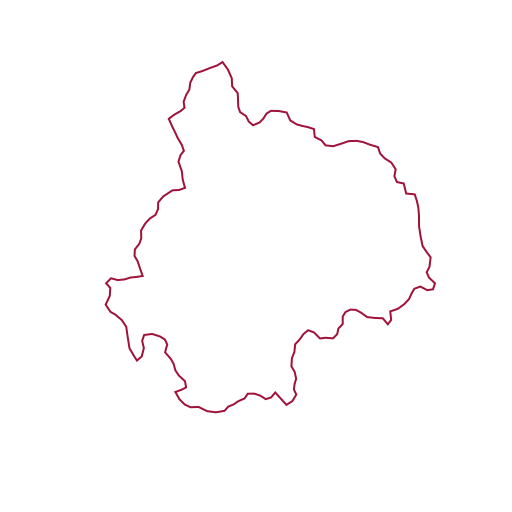 Descoberto, Minas Gerais, Brazil (Robinson projection), rotated 308°
{"feature_id": "56859067B24625670932477", "entity_name": "Descoberto", "entity_type": "district", "adm_level": 2, "iso_a3": "BRA", "parent_name": "Brazil", "parent_adm1": "Minas Gerais", "projection": "robinson", "projection_center": [-42.969, -21.446], "detail": "fine", "context": "isolated", "style": "outline", "palette": "rose", "viewbox_px": 512, "rotation_deg": 308, "n_neighbors": 0, "source": "geoboundaries", "source_scale": "gbopen_adm2", "svg_char_len": 2402}
<svg xmlns="http://www.w3.org/2000/svg" viewBox="0 0 512 512"><g transform="rotate(308 256 256)"><path d="M310.4,102.8L306.3,110.6L303.8,115.8L300.7,121.8L297.9,129.1L294.5,134.4L289.1,134.4L282.6,136.8L277.2,145.3L271.0,151.3L266.0,158.1L260.6,154.7L256.3,149.7L250.8,147.9L245.8,146.2L238.0,145.9L232.7,149.9L226.6,151.5L220.3,149.3L213.5,148.7L205.4,149.7L199.3,154.7L193.8,156.5L186.6,156.5L181.2,160.3L179.0,165.9L174.9,172.1L170.5,179.0L165.9,174.7L161.7,170.3L156.7,166.9L151.9,161.9L149.2,155.5L142.2,154.7L141.1,160.9L134.6,165.3L125.1,167.5L122.4,175.6L123.2,181.2L122.9,189.6L120.3,197.4L115.4,202.4L109.8,208.4L105.4,213.1L102.4,220.7L100.3,226.5L106.5,227.8L114.4,224.3L119.1,218.5L124.9,216.5L130.6,222.1L133.5,229.9L134.1,235.7L131.6,240.5L124.1,243.7L122.5,252.2L120.3,257.5L116.3,262.8L114.3,268.8L113.6,277.2L109.4,281.8L104.8,279.7L99.2,276.2L96.0,283.8L95.1,291.2L96.5,297.5L101.7,303.7L103.6,312.9L108.2,320.7L114.6,326.5L120.3,326.9L125.2,329.7L130.8,331.5L136.7,334.7L142.4,334.3L146.5,339.4L148.6,345.3L149.2,351.8L153.8,355.0L160.3,355.2L158.8,364.0L157.4,371.6L164.1,374.0L171.6,373.1L174.1,368.1L178.7,365.3L184.0,363.2L188.5,357.8L190.9,351.8L197.6,347.2L203.9,345.4L210.6,341.2L216.6,341.8L223.9,341.5L229.6,342.8L231.5,348.8L230.4,357.2L234.4,361.2L238.5,367.4L244.4,368.1L249.5,365.6L255.8,366.2L261.7,361.6L266.9,361.0L271.9,363.4L275.0,367.8L276.0,373.5L276.3,381.2L280.3,387.7L285.0,394.3L283.3,401.9L288.8,401.9L295.0,395.9L301.7,400.3L309.5,402.5L316.3,403.1L322.5,401.6L327.6,400.9L333.1,404.3L334.5,411.9L338.7,416.0L344.7,413.8L345.5,405.6L348.3,400.5L354.2,399.4L362.5,394.4L364.2,387.9L366.4,381.2L373.0,373.4L379.8,366.2L388.0,359.7L394.2,354.0L398.5,348.8L402.3,343.1L397.7,335.9L404.1,327.8L401.0,321.5L404.1,315.9L410.3,312.7L412.9,305.3L412.2,297.5L413.1,290.9L416.9,285.0L413.9,277.4L411.7,270.2L408.8,264.6L403.7,258.4L397.4,254.3L390.1,249.3L386.0,242.7L387.4,236.5L386.0,229.0L391.7,223.5L389.6,217.8L387.2,212.8L384.8,207.2L383.9,199.6L388.0,191.8L384.2,184.6L379.6,178.4L374.7,176.6L368.8,177.2L363.4,176.6L357.2,173.2L357.5,167.5L360.1,162.1L359.6,154.9L362.5,150.3L368.0,145.7L373.1,141.3L375.0,132.8L381.2,127.4L385.6,119.1L388.2,110.2L382.3,108.1L375.8,104.0L368.5,99.7L363.2,96.0L358.2,96.2L352.1,97.5L346.1,101.0L339.9,101.8L333.0,104.0L328.8,108.4L323.9,107.4L317.1,104.6L310.4,102.8Z" fill="none" stroke="#9f1239" stroke-width="2"/></g></svg>